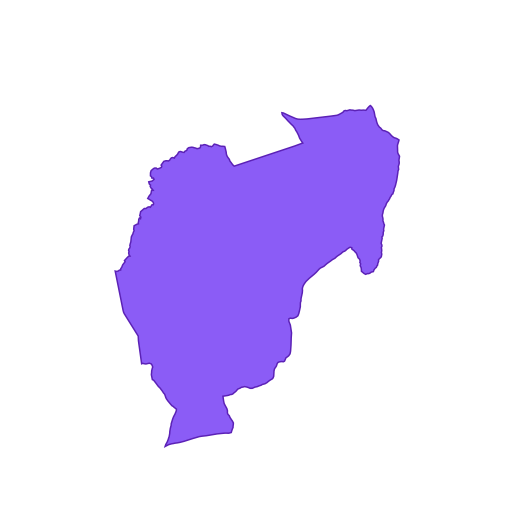 Teso South, Western, Kenya, rotated 325°
{"feature_id": "3690345B15305563297607", "entity_name": "Teso South", "entity_type": "district", "adm_level": 2, "iso_a3": "KEN", "parent_name": "Kenya", "parent_adm1": "Western", "projection": "albers", "projection_center": [34.227, 0.538], "detail": "fine", "context": "isolated", "style": "filled", "palette": "violet", "viewbox_px": 512, "rotation_deg": 325, "n_neighbors": 0, "source": "geoboundaries", "source_scale": "gbopen_adm2", "svg_char_len": 6148}
<svg xmlns="http://www.w3.org/2000/svg" viewBox="0 0 512 512"><g transform="rotate(325 256 256)"><path d="M233.6,349.0L238.0,343.1L241.0,339.4L244.5,332.3L245.5,328.2L246.9,326.3L248.5,326.6L249.9,328.0L251.4,328.6L253.8,329.1L256.0,329.0L258.0,327.7L260.4,325.6L263.2,323.0L264.4,321.3L265.7,319.6L267.1,318.6L267.9,317.4L268.8,316.4L272.8,312.7L274.3,310.9L275.2,309.4L276.1,308.5L277.5,307.5L279.1,306.7L281.2,305.9L282.5,305.5L286.9,304.8L293.1,304.3L296.0,303.9L299.9,303.0L301.9,302.8L305.7,303.4L308.0,303.1L309.9,302.9L312.4,302.9L314.1,302.9L316.7,302.8L318.2,303.0L319.6,303.1L321.4,302.8L322.9,302.7L325.5,302.8L327.1,302.8L329.1,302.5L330.3,302.6L331.4,302.9L332.7,302.9L334.1,302.6L335.3,302.6L336.7,302.6L338.1,302.8L339.2,304.1L338.5,305.3L339.4,308.0L339.5,309.4L339.8,311.1L339.6,312.6L338.6,316.0L339.0,317.9L338.5,319.8L337.4,320.8L337.2,322.5L336.0,323.4L335.6,324.5L335.5,325.7L334.6,327.4L333.6,329.0L334.5,332.3L335.3,333.9L337.1,334.3L338.1,335.0L339.3,335.4L341.1,335.3L343.2,336.1L344.7,335.0L346.6,334.4L348.1,334.3L349.1,333.6L350.4,333.2L351.2,332.2L353.6,330.5L354.1,329.4L355.5,329.0L357.1,328.8L358.2,328.5L360.1,326.6L360.7,325.1L362.0,323.8L362.8,322.5L363.6,320.9L364.9,320.1L365.5,318.9L365.7,317.5L366.7,316.5L368.0,315.3L369.4,314.0L370.1,312.6L371.4,312.3L372.7,311.1L373.8,309.6L375.2,308.6L375.9,307.2L378.0,305.2L379.0,304.3L379.2,303.0L379.8,301.4L380.2,299.9L381.2,298.6L381.9,297.1L382.4,295.7L383.5,294.4L384.7,293.5L385.6,292.5L386.7,291.5L388.3,290.4L391.1,289.2L392.8,287.9L394.5,287.1L396.2,286.7L397.2,286.1L398.4,285.7L399.3,285.0L401.0,284.4L402.6,283.5L403.8,283.6L404.8,282.7L406.5,281.6L407.7,280.1L409.2,279.3L410.8,278.1L414.4,274.9L415.7,273.6L417.3,271.9L419.7,269.4L421.1,267.8L422.5,266.9L424.0,264.2L425.1,263.4L426.2,262.5L427.2,261.2L427.8,259.9L428.7,258.8L429.8,257.7L430.8,256.6L431.1,253.5L431.6,252.1L432.5,250.8L434.2,248.2L435.1,246.8L435.9,246.0L438.4,244.1L439.7,243.0L439.0,241.2L438.2,239.8L437.0,238.3L436.3,236.4L436.0,234.9L435.7,232.3L435.3,230.7L434.4,229.1L433.3,227.3L432.1,226.2L431.6,225.0L431.5,222.7L431.0,221.2L431.0,218.4L431.3,217.0L431.8,215.3L433.1,212.1L433.4,210.2L435.4,205.8L435.9,204.0L436.3,201.9L436.3,199.6L435.9,198.3L434.5,198.4L432.6,198.8L430.7,199.4L429.6,199.7L427.7,198.1L425.7,196.9L424.3,195.6L420.3,193.6L419.1,192.2L417.7,191.1L416.7,190.1L413.7,189.1L412.6,188.0L411.3,187.6L409.8,188.1L407.9,188.0L404.6,187.6L403.1,187.2L397.8,184.5L376.6,173.1L372.8,170.8L370.7,169.4L368.8,167.9L367.3,166.1L363.8,160.4L360.5,154.6L359.4,153.5L358.6,155.2L358.6,156.7L359.3,160.4L359.7,163.8L359.9,164.9L360.4,168.0L361.0,170.9L361.0,172.4L361.1,173.8L360.7,175.5L360.6,178.0L360.1,181.5L359.3,184.6L359.1,188.3L359.1,190.3L350.8,188.1L289.7,169.9L289.3,168.2L289.2,166.4L289.2,165.1L289.1,163.9L289.2,162.7L289.6,161.6L289.5,158.6L289.8,156.6L290.4,155.1L291.1,153.9L292.6,150.2L293.2,148.4L292.0,147.3L290.6,146.3L289.3,144.9L288.6,143.6L287.1,141.6L286.0,140.4L284.7,140.7L283.5,141.1L282.1,140.8L281.3,139.7L280.2,139.1L279.9,138.0L278.4,135.9L277.4,135.0L275.8,134.6L274.2,133.5L273.2,134.8L272.0,135.3L270.7,134.9L269.3,134.3L268.4,132.9L267.4,131.8L266.6,130.7L265.4,129.8L263.1,128.7L261.3,128.7L260.4,129.5L259.2,129.7L257.9,129.4L256.5,129.9L255.6,129.1L254.1,127.1L252.8,126.5L251.7,126.8L250.2,127.6L248.5,128.0L246.7,128.2L245.3,129.0L244.3,127.6L243.0,127.1L241.8,127.3L240.5,127.9L238.9,128.0L237.8,127.0L236.8,126.3L234.8,125.6L230.4,127.1L230.4,128.3L229.4,129.1L227.8,128.9L226.2,128.5L225.0,128.1L224.8,126.9L223.6,125.9L222.3,125.6L219.1,125.9L217.3,127.3L215.5,129.8L215.9,131.0L215.4,132.5L216.7,133.4L216.4,134.8L213.8,135.0L212.2,134.3L210.7,133.7L209.9,135.8L210.3,137.4L209.3,138.2L209.0,140.1L209.4,141.7L209.4,143.2L208.1,142.3L205.7,144.7L202.7,145.6L200.3,146.8L201.0,148.2L201.5,149.6L202.1,150.7L202.5,151.8L202.6,153.2L202.2,154.3L201.3,155.1L200.1,154.4L198.6,155.0L197.4,155.5L196.7,154.4L195.2,153.9L193.1,154.0L191.7,153.0L186.9,153.5L185.9,154.5L183.9,156.3L184.0,158.1L182.8,159.2L182.3,158.0L181.0,158.7L179.8,160.2L178.7,161.1L178.2,162.2L176.9,161.7L173.5,161.3L171.1,164.0L170.7,165.3L169.1,166.2L167.8,167.3L166.5,167.9L164.9,168.8L161.5,172.7L160.3,173.6L158.7,175.0L158.3,176.1L157.2,177.0L155.9,177.4L154.9,178.2L154.5,179.6L153.4,180.5L152.8,182.0L152.7,183.8L151.5,183.1L149.7,183.4L145.6,184.3L145.5,185.6L141.7,186.8L139.6,188.2L138.0,188.8L137.0,189.9L136.0,189.2L134.6,189.3L133.0,188.7L132.0,187.6L115.9,224.4L115.3,226.1L115.0,227.6L113.6,254.0L111.1,258.0L100.5,278.7L101.7,279.0L102.5,280.0L103.9,281.3L107.1,282.6L108.3,284.3L108.2,286.1L107.7,287.7L106.5,288.6L104.6,290.3L103.8,291.4L102.2,293.2L100.2,297.8L100.9,299.0L101.0,300.7L101.1,302.7L101.2,306.8L101.7,309.3L101.7,311.0L101.8,312.7L101.7,315.1L101.9,316.8L101.6,317.9L101.3,319.0L100.9,320.2L100.7,321.6L100.7,324.3L101.0,327.9L101.1,329.0L101.3,330.6L101.9,331.7L102.1,332.9L103.0,335.8L101.8,337.2L99.0,339.0L96.4,340.3L94.3,341.7L90.3,344.8L89.4,346.0L87.0,348.0L84.6,350.5L83.6,351.8L81.2,354.2L80.0,355.0L78.9,355.9L76.6,357.4L73.9,358.7L72.3,359.9L76.1,360.4L77.7,360.9L79.3,361.5L80.7,362.2L82.2,362.8L84.3,363.9L86.7,365.0L90.7,366.5L99.7,369.3L105.9,371.4L108.4,372.6L112.4,374.8L122.1,379.4L126.2,381.7L129.0,383.3L132.2,385.6L134.5,386.4L135.7,385.4L137.2,384.3L138.9,383.2L139.7,382.1L140.6,381.2L141.7,379.8L142.0,377.8L142.0,376.6L142.1,373.2L142.5,371.6L142.2,369.5L142.6,368.1L143.9,366.3L144.6,364.3L145.0,360.7L145.3,358.6L146.2,356.4L148.5,351.9L152.6,353.9L153.8,354.4L155.3,354.7L156.6,355.4L157.8,355.7L159.1,355.5L161.0,355.4L162.5,355.2L163.8,354.8L165.0,354.6L167.0,355.1L168.8,355.2L170.2,355.9L171.7,356.4L173.1,357.8L174.3,359.4L175.3,361.0L177.0,362.2L178.2,362.5L179.7,362.7L182.3,363.8L183.5,364.0L186.2,364.8L187.4,364.8L190.1,365.8L192.3,366.0L194.4,365.8L196.8,365.8L198.9,366.0L200.0,365.7L201.5,364.7L204.8,360.5L206.5,359.0L208.5,358.3L209.8,357.7L210.8,356.9L211.8,356.2L213.0,355.8L214.6,356.2L216.5,357.2L217.7,358.3L219.0,358.5L220.7,357.5L222.0,356.6L223.4,356.6L225.5,356.5L227.7,355.7L228.6,354.9L229.8,353.7L233.6,349.0Z" fill="#8b5cf6" stroke="#5b21b6" stroke-width="1.5"/></g></svg>